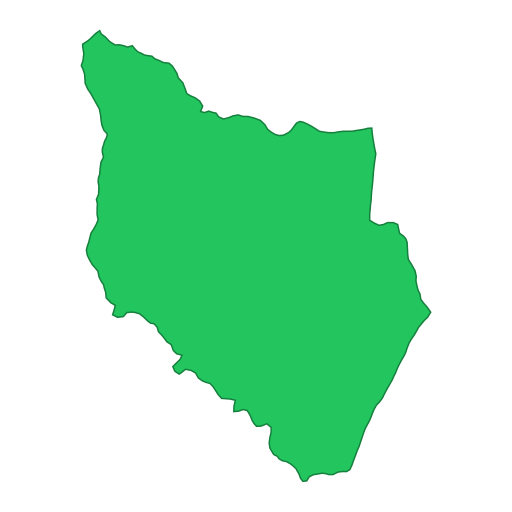 outline of Santa Juliana, Minas Gerais, Brazil
{"feature_id": "56859067B39464064120136", "entity_name": "Santa Juliana", "entity_type": "district", "adm_level": 2, "iso_a3": "BRA", "parent_name": "Brazil", "parent_adm1": "Minas Gerais", "projection": "mercator", "projection_center": [-47.514, -19.38], "detail": "fine", "context": "isolated", "style": "filled", "palette": "green", "viewbox_px": 512, "rotation_deg": 0, "n_neighbors": 0, "source": "geoboundaries", "source_scale": "gbopen_adm2", "svg_char_len": 3574}
<svg xmlns="http://www.w3.org/2000/svg" viewBox="0 0 512 512"><path d="M123.3,316.6L126.8,312.6L131.3,312.1L134.8,312.4L139.4,313.7L143.5,316.9L147.6,320.9L150.5,323.1L154.1,323.8L157.2,327.2L158.5,331.8L161.4,334.7L164.1,338.0L166.9,341.8L171.2,344.6L173.4,350.6L176.7,353.8L182.0,355.2L180.1,359.4L176.0,363.4L172.8,366.6L174.9,371.3L179.2,374.1L182.3,371.9L185.5,369.3L190.9,370.3L195.6,373.0L198.4,378.0L202.6,381.0L206.2,382.4L209.9,383.4L212.8,386.3L215.2,389.9L218.2,394.6L221.6,398.4L229.9,399.0L235.3,400.2L234.0,406.2L233.8,411.6L238.4,411.2L243.1,409.5L247.3,410.6L250.4,415.9L252.1,420.3L254.0,423.5L256.5,426.3L261.0,426.1L266.8,423.8L271.2,427.4L271.1,432.4L269.9,437.5L269.2,442.9L269.9,448.1L273.7,454.5L277.2,456.2L279.2,458.9L282.5,460.8L286.5,461.6L291.2,464.3L295.8,468.4L299.0,474.0L300.7,478.6L302.9,481.3L306.7,480.9L309.2,476.8L313.4,474.7L317.7,474.0L322.1,473.2L325.6,473.6L329.0,474.6L332.9,474.6L338.3,472.0L343.1,471.5L346.4,471.6L349.8,469.7L352.0,464.9L353.9,459.5L355.8,454.6L357.1,450.9L359.0,446.6L360.5,442.1L362.2,437.1L363.9,431.9L365.5,428.0L367.3,424.7L369.7,420.2L371.2,416.6L372.4,413.3L374.1,409.3L376.4,405.2L379.7,401.7L382.4,398.0L384.8,393.1L386.9,389.2L389.9,384.0L392.2,379.9L393.9,376.1L395.7,372.5L397.5,367.9L399.5,363.9L402.2,358.9L404.3,355.4L405.8,352.1L407.1,348.0L409.2,342.8L411.3,339.2L413.9,335.5L416.3,331.5L418.5,327.4L421.5,323.8L424.5,320.2L427.6,317.3L430.7,312.2L426.8,306.7L423.4,302.9L420.8,299.3L419.9,293.8L418.1,290.3L416.8,285.3L415.9,280.5L416.3,276.6L415.0,270.7L411.5,264.4L408.3,259.3L407.7,254.2L407.5,250.0L407.3,246.1L407.1,242.3L405.8,238.8L403.5,236.1L399.7,233.4L398.6,229.0L397.7,224.5L393.3,222.6L387.5,222.6L383.5,224.5L379.0,225.3L374.1,223.0L369.7,220.3L369.7,213.9L370.2,209.0L370.5,204.9L371.1,200.4L371.3,196.2L371.7,190.9L372.4,184.8L372.8,180.7L373.1,176.7L373.5,171.1L374.2,165.3L374.7,161.1L375.3,157.4L375.8,153.7L374.8,149.1L373.9,144.1L373.3,140.6L372.7,136.7L372.2,133.0L371.8,128.1L367.8,128.3L364.4,129.2L360.9,129.8L356.8,130.4L352.4,131.2L342.9,131.3L338.2,131.9L333.8,132.7L329.0,132.7L323.3,132.0L319.2,131.2L315.6,128.8L310.7,125.8L306.9,123.8L303.0,122.1L299.7,121.5L296.5,123.1L294.3,126.0L291.4,130.0L288.7,132.5L283.7,135.1L279.4,135.6L275.2,134.5L271.0,132.0L267.7,129.4L264.8,124.6L260.4,120.4L254.0,118.0L248.1,116.5L242.6,116.4L238.2,114.9L233.0,115.9L228.6,117.7L223.5,119.0L218.7,116.9L216.0,113.1L212.1,112.3L208.9,111.1L204.4,112.6L200.6,111.5L202.7,106.1L199.6,101.0L195.1,97.8L190.7,95.9L186.9,93.7L184.7,87.7L182.9,82.9L178.3,77.9L176.9,73.3L174.7,69.7L172.3,66.0L168.9,63.1L163.5,62.6L158.9,60.4L154.8,58.8L151.9,56.2L148.4,55.7L144.7,55.1L141.2,53.3L137.7,51.8L134.8,48.8L132.3,45.7L127.6,47.1L123.7,45.7L119.6,44.8L115.2,45.0L109.8,41.7L105.2,36.9L101.2,33.9L99.7,30.7L95.9,33.3L92.6,36.5L90.1,39.0L87.3,41.2L82.6,44.2L82.9,47.9L83.8,53.5L83.0,60.6L81.3,65.6L82.9,69.0L84.6,74.1L84.9,78.6L85.2,83.4L87.9,89.3L90.8,93.6L94.2,99.7L96.8,104.4L99.3,108.8L100.6,115.2L101.1,120.4L101.9,125.2L103.9,130.2L107.4,134.2L106.4,137.8L104.7,141.0L103.5,145.1L102.4,148.4L102.3,152.0L103.5,157.2L101.0,162.1L100.2,168.0L99.7,174.2L98.4,178.1L98.1,181.7L98.9,186.3L98.6,194.1L96.4,199.5L97.4,203.7L97.1,208.4L97.1,214.5L98.1,219.9L96.2,224.5L93.7,229.0L91.0,233.2L89.7,238.3L88.9,241.7L87.3,246.3L86.4,250.0L87.3,255.2L89.6,260.0L92.4,264.8L95.3,268.0L97.9,271.2L99.0,276.8L101.2,281.3L103.5,284.6L104.4,288.4L105.7,292.4L106.2,297.9L110.8,302.7L115.3,305.4L114.0,310.4L112.6,314.8L117.5,317.3L123.3,316.6Z" fill="#22c55e" stroke="#15803d" stroke-width="1.5"/></svg>